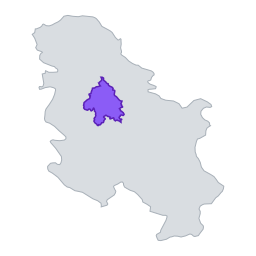 Republic of Serbia, with Grad Beograd highlighted
{"feature_id": "SRB-836", "entity_name": "Grad Beograd", "entity_type": "City", "adm_level": 1, "iso_a3": "SRB", "parent_name": "Republic of Serbia", "parent_adm1": "", "projection": "robinson", "projection_center": [20.4, 44.661], "detail": "fine", "context": "in_parent", "style": "filled", "palette": "violet", "viewbox_px": 256, "rotation_deg": 0, "n_neighbors": 0, "source": "natural_earth", "source_scale": "10m", "svg_char_len": 7791}
<svg xmlns="http://www.w3.org/2000/svg" viewBox="0 0 256 256"><path d="M148.1,91.8L155.6,93.9L159.1,95.9L160.9,98.5L165.7,100.2L173.5,101.0L179.0,103.7L182.1,108.2L187.0,107.1L193.9,100.5L200.7,98.7L207.4,101.9L211.0,104.5L211.7,106.6L210.1,107.4L206.4,107.0L203.4,108.3L201.0,111.2L200.7,114.3L202.4,117.6L204.8,119.9L207.8,121.2L209.5,122.9L209.7,125.1L210.5,125.7L208.8,126.7L206.9,128.2L205.9,130.8L205.6,135.1L199.7,138.4L197.5,139.0L196.5,141.2L195.0,147.3L195.2,152.0L196.1,154.4L196.4,156.3L198.4,158.7L200.2,162.3L201.4,167.1L204.0,170.8L210.7,174.5L214.0,176.6L216.4,179.7L218.3,182.5L223.8,186.2L223.4,188.8L222.3,191.4L221.0,192.6L218.3,195.9L215.7,197.8L211.4,203.7L204.5,204.0L202.8,204.5L200.2,206.1L199.0,209.0L200.2,211.3L200.2,213.7L198.9,218.4L200.7,223.3L203.1,225.6L203.5,226.9L203.1,229.2L199.5,233.9L198.4,235.6L194.8,236.5L193.5,236.1L191.6,234.4L189.9,234.0L185.5,235.9L181.1,237.0L177.6,236.2L174.2,236.0L171.8,236.8L170.0,237.1L166.5,239.2L160.8,240.6L158.2,240.3L157.2,238.4L156.2,235.7L156.7,234.4L160.4,232.3L160.8,230.2L166.0,220.3L167.0,217.1L167.0,216.0L165.6,215.3L162.8,215.3L150.0,211.3L150.6,206.7L146.9,204.2L142.8,202.0L142.2,199.5L137.7,194.5L134.4,191.7L130.2,190.3L126.6,188.3L124.5,187.0L123.5,184.7L123.5,183.3L122.4,182.0L120.7,182.1L117.8,184.0L114.2,185.6L113.5,186.7L114.8,189.5L115.8,191.2L115.4,192.9L114.2,195.0L107.3,199.7L106.5,201.3L107.8,204.0L107.0,205.2L101.2,206.9L101.3,205.5L101.0,203.2L97.6,200.7L92.9,198.8L82.5,192.3L78.5,191.4L74.9,190.7L69.8,187.6L67.2,187.0L64.3,184.8L57.9,177.3L52.5,173.2L48.8,171.1L47.8,169.1L47.6,167.0L47.7,166.3L50.5,163.3L52.7,162.9L55.5,162.8L57.3,164.3L59.7,164.6L61.0,162.7L61.7,160.0L61.4,156.5L55.7,148.3L50.8,142.7L50.2,141.4L51.3,140.4L53.0,139.8L54.9,140.3L59.7,140.7L64.3,140.1L65.9,138.8L65.9,136.9L64.2,135.2L58.8,130.5L54.6,126.4L49.7,123.2L46.0,122.0L44.9,120.4L44.5,118.7L44.9,115.5L45.2,111.5L46.0,109.0L49.4,104.3L52.6,99.3L54.6,94.4L55.6,90.0L55.3,88.7L53.6,87.7L50.1,86.8L45.3,87.6L41.1,89.2L39.5,89.3L39.0,87.3L39.6,86.5L40.9,86.6L42.0,86.9L43.1,86.0L43.8,83.3L42.2,74.0L45.3,73.2L45.3,71.8L45.6,70.7L48.8,72.3L53.2,72.3L57.2,72.0L57.8,71.1L57.7,69.7L56.9,68.7L55.5,67.9L54.5,66.6L51.9,66.0L43.6,62.7L39.6,59.1L39.8,55.3L41.0,53.3L42.4,52.5L42.0,51.8L37.3,50.1L35.7,47.7L37.1,44.5L34.7,38.2L32.2,34.3L34.7,32.6L35.1,30.2L35.3,28.9L36.3,28.9L40.3,27.3L41.8,26.0L42.7,24.4L43.6,24.1L46.3,25.7L49.2,25.9L52.4,24.8L54.8,23.4L57.6,22.1L58.9,21.3L60.6,20.0L64.0,16.2L67.8,15.4L72.9,16.3L78.3,16.7L82.4,15.8L92.9,16.9L95.1,17.8L96.5,18.8L99.3,22.1L101.9,26.4L105.5,28.3L109.9,30.7L112.1,32.4L115.4,37.5L118.0,40.0L118.8,39.9L119.7,39.2L120.3,38.7L121.0,39.2L121.0,40.7L121.2,44.2L120.6,47.9L121.5,51.3L121.5,52.4L120.9,53.4L121.0,54.3L121.9,55.2L125.4,57.5L128.7,61.0L132.5,63.5L136.0,65.1L138.2,65.2L141.8,68.1L149.0,70.2L151.3,70.9L152.9,72.0L154.0,73.4L154.1,74.9L153.0,75.6L151.5,77.5L150.8,79.9L149.7,80.6L148.6,80.6L147.7,81.3L147.9,82.3L148.9,83.3L150.4,84.3L153.2,85.2L156.1,86.5L156.0,87.5L155.5,88.7L151.9,89.1L149.2,89.3L148.0,89.8L148.1,91.8Z" fill="#d9dde1" stroke="#a8b0b8" stroke-width="1"/><path d="M84.1,102.5L85.6,101.3L86.6,100.3L87.4,99.7L89.6,98.6L89.8,97.9L90.0,97.7L90.1,97.3L90.1,97.2L89.8,96.8L89.8,96.7L90.1,96.5L90.2,96.4L90.3,96.3L90.4,95.9L90.4,95.7L90.2,95.6L89.9,95.5L89.5,95.4L89.4,95.3L89.2,95.1L89.0,94.8L89.0,94.6L89.1,94.3L89.2,94.0L89.3,94.0L89.5,93.9L90.0,93.9L90.3,93.8L90.6,93.7L90.8,93.6L91.0,93.4L91.1,93.2L91.1,92.4L91.1,92.2L91.5,91.7L91.5,91.2L91.6,90.8L92.1,89.9L92.2,89.6L92.4,89.0L92.4,88.4L92.5,88.4L92.9,88.0L93.1,88.0L94.0,88.1L94.3,88.0L94.5,88.0L94.7,87.9L95.3,87.5L95.6,87.2L96.3,86.8L96.7,86.7L97.3,86.7L98.3,86.5L100.3,85.9L100.0,85.6L99.3,84.4L98.7,83.1L99.1,83.1L99.4,82.2L100.7,81.2L101.8,79.9L101.3,77.7L101.0,77.2L101.5,77.2L101.9,77.2L102.1,77.2L102.3,77.3L102.7,77.5L103.1,77.8L103.5,78.0L103.6,78.3L103.6,78.5L103.4,78.8L103.4,79.0L103.6,79.5L103.7,80.2L103.8,80.4L104.0,80.5L104.3,80.8L105.6,81.7L105.7,81.8L105.8,81.9L106.0,82.4L106.1,82.5L106.4,82.9L106.9,83.3L107.1,83.4L107.3,83.5L107.5,83.6L108.0,83.6L108.3,83.9L108.3,84.1L108.3,84.5L108.3,84.8L108.6,85.2L108.7,85.4L109.4,85.9L109.6,86.1L110.4,86.4L110.9,86.7L111.5,86.9L111.8,87.0L112.0,87.2L112.4,87.5L113.0,88.2L113.1,88.4L113.1,88.5L113.0,88.8L112.8,89.1L112.8,90.0L114.1,90.2L114.7,90.5L114.8,91.2L114.3,94.0L114.3,94.7L114.5,95.3L115.1,95.9L116.3,96.6L116.9,97.2L118.6,99.3L119.6,100.3L120.6,100.9L122.0,101.1L121.3,103.0L121.0,103.3L120.9,103.4L120.9,103.6L120.9,103.8L121.0,104.0L121.4,104.5L121.5,104.6L121.6,104.8L121.6,105.0L121.4,105.4L121.4,105.5L121.6,105.7L122.0,106.0L122.3,106.3L122.5,106.7L122.6,106.9L122.6,107.0L122.4,107.2L121.6,107.3L121.1,107.6L120.6,107.7L120.5,107.8L120.1,108.2L119.5,108.6L119.4,108.7L120.0,109.3L120.3,109.7L120.3,109.8L120.4,110.4L120.4,110.5L120.5,110.8L121.0,110.9L121.3,111.1L121.7,111.3L122.5,112.1L123.0,112.5L123.3,112.7L123.4,113.0L123.7,113.6L124.0,114.0L124.1,114.5L123.4,115.3L123.1,115.5L122.8,115.4L122.0,115.1L121.7,115.0L121.3,115.0L121.2,115.1L120.9,115.2L120.4,115.3L120.2,115.6L120.2,116.2L120.1,116.3L119.9,116.5L119.5,116.8L119.3,117.0L119.2,117.2L119.1,117.3L119.1,117.6L119.2,117.8L119.4,118.1L119.6,118.4L120.1,119.0L120.3,119.2L120.5,119.2L121.0,119.1L121.3,119.1L121.5,119.1L121.7,119.3L121.7,119.6L120.9,120.2L120.8,120.3L120.7,120.6L120.7,120.9L120.8,121.0L120.9,121.4L121.0,121.7L121.0,122.3L120.3,121.8L120.0,121.6L119.8,121.4L119.6,121.1L119.3,120.9L119.1,120.8L118.5,120.8L118.1,120.7L117.6,120.3L117.2,120.1L116.6,120.2L116.0,120.5L115.3,120.9L114.9,120.4L114.7,120.2L114.3,120.0L114.2,119.9L114.0,119.7L114.1,119.4L114.0,118.9L113.9,118.4L113.9,118.2L113.6,117.9L113.3,117.9L113.2,117.9L113.0,118.0L112.5,118.2L111.8,118.4L111.4,118.6L110.8,118.7L110.4,118.9L110.1,118.9L109.9,118.7L109.9,118.3L109.9,118.0L109.9,117.8L110.2,117.2L109.4,116.9L108.8,116.6L108.7,116.5L108.3,116.5L107.8,116.5L107.7,116.4L107.3,116.2L106.9,115.8L106.4,115.4L106.1,115.3L105.7,115.3L104.9,116.0L104.7,116.1L104.4,116.2L104.2,116.2L104.1,116.3L103.9,116.5L103.7,116.8L103.6,117.0L103.8,117.4L104.4,117.9L104.8,118.2L105.2,118.7L105.3,118.8L105.3,119.0L105.2,119.1L104.8,119.4L104.7,119.5L104.2,120.2L103.8,120.6L103.8,120.8L103.8,121.4L103.8,121.5L103.7,121.9L103.4,122.1L103.3,122.4L103.3,122.5L103.1,122.6L102.8,122.7L102.4,122.7L102.1,122.7L101.9,122.7L101.7,122.7L101.6,122.9L101.4,123.1L101.3,123.4L101.2,123.7L101.1,123.9L100.7,124.2L100.4,124.6L100.0,124.9L99.8,125.0L99.6,125.0L99.4,124.9L99.0,124.7L98.9,124.6L98.7,124.6L98.4,124.8L98.4,125.2L98.4,125.3L98.3,125.5L98.2,125.6L97.7,125.5L97.5,125.4L97.4,125.3L97.3,125.2L97.1,125.0L96.9,124.5L96.8,124.3L95.8,123.5L95.3,123.2L95.0,122.9L94.2,121.7L93.9,121.1L94.0,120.8L94.1,120.6L94.2,120.4L94.5,120.0L94.6,119.9L94.6,119.7L94.2,119.1L94.1,118.8L94.1,118.6L94.5,118.2L94.5,117.9L94.5,117.7L95.1,117.3L95.3,117.0L95.4,116.8L95.5,116.4L95.7,115.9L95.8,115.6L95.8,115.3L95.7,115.0L95.7,114.9L95.5,114.6L95.5,114.4L95.5,114.2L95.7,113.7L95.7,113.4L95.6,113.0L95.5,112.4L95.3,111.8L95.0,111.5L94.9,111.4L94.5,111.1L94.4,111.0L94.4,110.8L94.5,110.2L94.5,109.9L94.2,109.5L94.1,109.0L94.1,108.7L93.9,108.3L93.8,108.2L93.7,108.1L93.4,108.2L93.3,108.4L93.2,108.6L93.1,109.0L92.9,109.3L92.7,109.5L92.5,109.9L92.4,110.1L92.3,110.3L92.0,110.5L91.3,110.9L91.2,110.9L90.9,110.7L90.6,110.2L90.4,109.9L90.2,109.4L90.0,109.2L89.7,109.1L89.4,109.1L89.1,109.1L88.9,109.1L88.7,109.2L88.5,109.3L88.4,109.4L88.3,109.5L88.1,109.9L87.9,110.0L87.7,110.1L87.3,110.2L87.2,110.2L86.9,110.0L86.4,109.9L85.9,109.6L85.1,109.5L84.8,109.3L84.6,109.2L84.4,108.9L84.2,108.7L83.9,108.3L83.8,108.1L83.7,107.9L83.8,107.3L84.0,107.1L83.9,106.2L83.9,105.9L83.8,105.7L83.6,105.5L83.5,105.3L83.5,105.2L83.8,104.7L83.8,104.3L84.1,102.5Z" fill="#8b5cf6" stroke="#5b21b6" stroke-width="1.5"/></svg>